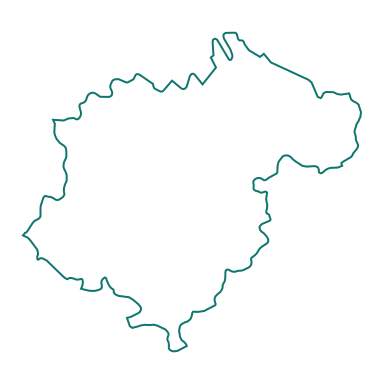 map outline of Teruel (Mercator projection)
{"feature_id": "ESP-5847", "entity_name": "Teruel", "entity_type": "Autonomous Community", "adm_level": 1, "iso_a3": "ESP", "parent_name": "Spain", "parent_adm1": "", "projection": "mercator", "projection_center": [-0.788, 40.603], "detail": "fine", "context": "isolated", "style": "outline", "palette": "teal", "viewbox_px": 384, "rotation_deg": 0, "n_neighbors": 0, "source": "natural_earth", "source_scale": "10m", "svg_char_len": 5012}
<svg xmlns="http://www.w3.org/2000/svg" viewBox="0 0 384 384"><path d="M129.8,326.1L127.0,317.9L130.8,316.9L138.5,313.0L139.7,312.1L140.5,310.8L141.0,309.3L140.9,307.9L140.3,306.5L138.2,304.1L133.0,299.7L128.9,297.2L118.6,295.9L115.4,294.4L114.2,293.2L113.7,291.9L113.7,290.8L113.6,289.8L112.9,289.2L111.6,288.4L110.5,287.4L109.5,286.1L108.7,284.7L107.3,281.7L106.3,278.9L105.8,277.9L104.8,277.5L102.6,279.2L101.7,280.8L101.3,282.6L101.9,285.8L101.8,287.4L101.0,288.9L97.9,290.2L94.6,290.9L89.5,290.8L81.0,288.8L81.9,286.8L82.7,284.2L82.8,282.7L82.7,281.1L82.5,279.8L81.6,278.9L77.6,279.7L75.7,279.4L73.5,278.5L71.2,278.0L69.5,278.0L67.3,279.2L66.0,278.6L63.8,277.1L46.9,260.7L42.9,258.5L40.5,258.2L39.0,259.0L38.3,259.7L37.4,259.3L37.2,256.6L37.9,254.9L38.0,252.6L37.2,249.6L30.5,240.6L27.7,237.6L23.0,235.5L25.0,232.9L26.0,232.6L27.2,231.5L32.4,223.4L33.8,221.7L35.2,220.5L38.3,219.0L39.6,217.9L40.5,216.2L40.5,208.7L40.7,205.8L43.3,198.0L44.1,196.7L45.1,195.9L49.2,196.9L50.6,196.9L53.3,198.1L54.6,199.1L55.9,199.8L57.3,200.0L58.7,199.8L61.4,198.2L62.7,197.2L63.7,195.9L64.4,194.6L63.8,190.6L64.0,188.1L64.9,184.7L66.2,181.9L66.7,180.2L66.7,175.7L66.3,173.6L65.1,170.8L64.1,168.9L63.5,167.0L63.6,164.8L63.8,163.0L64.4,161.3L66.0,158.1L66.4,156.0L66.3,151.0L66.0,149.0L65.5,147.4L64.0,145.8L59.8,142.9L57.6,140.3L56.4,138.6L55.2,135.8L54.3,132.6L54.7,125.7L54.9,123.9L53.1,119.8L63.7,120.5L68.4,118.5L73.6,118.0L76.7,119.4L78.4,118.9L79.9,117.2L80.9,114.8L81.0,112.5L79.7,107.9L79.4,105.5L80.4,103.8L84.1,102.4L85.1,101.6L86.1,100.0L87.3,96.4L88.3,94.8L89.9,93.5L91.7,92.8L93.7,92.8L95.5,93.5L100.2,96.8L109.7,96.9L111.6,95.5L112.3,93.2L111.8,91.1L110.8,89.1L110.2,86.9L110.3,85.4L112.2,81.1L113.5,79.9L115.2,79.3L118.7,79.2L126.1,82.4L127.7,82.4L133.5,79.3L135.5,75.2L136.1,74.5L137.0,74.1L139.3,74.5L153.1,84.0L153.4,86.3L154.0,87.8L155.0,88.8L160.6,91.6L162.0,91.5L163.2,90.9L172.0,80.7L181.6,88.6L183.2,89.1L185.2,88.5L186.7,86.7L189.9,76.0L191.5,74.0L193.3,73.7L195.1,75.1L202.5,84.4L216.0,67.5L210.8,57.5L213.5,55.4L212.6,42.2L213.0,39.9L214.5,38.7L216.0,39.0L217.4,40.1L228.5,58.8L229.8,59.9L231.1,59.7L232.1,57.7L232.4,56.3L232.3,55.0L230.3,49.3L224.2,39.0L223.4,36.5L223.7,34.3L225.6,32.9L234.9,32.7L236.1,33.2L237.0,34.6L237.9,38.4L238.5,39.5L239.4,40.3L242.5,40.5L243.4,41.3L245.0,44.9L248.9,50.2L260.0,56.9L263.8,53.8L271.0,62.5L308.5,79.8L311.6,82.5L317.7,96.9L320.7,98.1L321.5,97.4L323.1,94.1L323.7,93.3L324.4,92.7L326.0,92.0L333.5,92.2L337.4,94.1L341.2,94.6L349.2,93.4L351.0,99.3L353.5,101.4L355.8,102.4L358.5,104.5L361.0,112.2L360.3,117.2L359.4,118.8L358.7,120.8L356.9,123.7L356.2,125.1L355.9,126.7L355.3,128.4L354.8,130.1L354.5,132.2L355.5,135.4L355.8,137.1L355.8,139.3L356.4,141.1L358.1,144.9L358.0,146.6L357.3,148.1L356.5,149.4L353.4,153.1L352.0,155.9L350.9,157.1L342.1,162.3L341.3,163.2L342.2,165.8L337.6,167.6L331.5,167.8L329.3,168.2L327.4,168.9L326.1,169.7L324.6,170.7L323.3,172.0L321.5,173.2L320.1,173.1L319.1,172.4L318.8,171.1L318.8,169.7L318.3,168.1L317.2,166.8L314.5,166.1L306.5,166.6L302.3,165.8L295.0,161.0L292.5,158.9L291.4,157.6L289.8,156.4L287.6,155.4L284.7,155.5L282.9,156.2L279.9,160.0L279.0,161.3L278.3,162.7L277.6,165.8L277.4,169.1L277.4,170.7L277.4,172.1L276.6,173.5L268.4,178.0L267.1,179.2L265.2,180.2L263.9,180.2L261.2,178.4L258.6,177.9L256.7,178.3L254.9,179.3L253.5,180.8L253.3,182.4L253.6,183.9L253.7,185.5L253.5,188.4L254.0,189.7L255.1,190.5L256.5,191.1L257.9,191.2L259.1,192.0L260.5,192.5L261.9,192.7L264.7,191.7L265.9,191.7L266.9,192.4L266.8,195.2L266.4,197.0L266.2,198.5L266.5,201.6L266.9,203.0L267.2,204.5L267.1,207.6L266.9,209.1L266.4,210.5L266.3,211.9L266.5,213.1L268.9,214.6L269.1,214.8L269.9,217.4L270.4,218.7L270.5,219.9L269.6,220.8L262.2,223.9L260.5,225.4L259.5,226.9L259.7,228.5L260.3,230.1L261.2,231.4L263.7,233.2L264.8,234.3L266.8,236.7L267.7,238.2L268.3,239.9L268.1,241.9L267.2,243.2L260.9,247.4L259.3,249.2L256.8,253.3L254.8,255.3L251.3,258.0L251.0,259.4L251.4,260.9L251.5,262.5L251.2,264.7L250.2,266.2L248.9,267.4L243.0,270.2L241.6,270.6L238.6,270.8L237.1,271.1L235.7,271.6L234.5,271.8L233.6,271.8L231.1,271.2L229.7,270.2L228.2,269.7L226.6,269.7L225.7,270.8L225.4,272.2L225.4,275.2L225.2,276.6L225.3,278.1L224.7,281.3L223.6,283.2L222.8,284.7L222.5,288.0L221.7,289.8L220.4,291.9L218.2,293.6L215.5,296.3L214.8,297.8L214.5,299.5L214.8,301.1L215.6,304.0L215.3,305.2L204.1,311.0L198.0,311.9L195.3,311.8L194.0,311.6L192.9,311.9L192.3,313.0L191.6,316.4L190.9,318.3L189.5,320.0L189.0,320.4L186.9,321.8L185.2,322.2L181.5,324.2L180.4,325.6L179.7,327.1L179.2,330.3L179.1,331.7L179.6,332.9L179.6,334.3L180.2,337.2L181.6,340.0L182.7,341.0L184.0,341.8L185.8,343.9L186.8,346.0L177.9,350.7L175.8,351.2L172.9,351.3L171.2,350.7L169.8,349.8L168.9,348.6L168.8,347.0L168.9,345.3L168.8,343.8L168.6,342.4L168.0,341.2L167.4,340.0L167.4,338.6L167.7,337.1L168.3,335.7L168.6,334.1L167.9,332.3L165.6,329.6L157.7,325.8L155.0,325.0L153.2,324.7L150.3,325.1L144.6,324.8L140.6,325.5L137.6,326.6L136.2,326.8L132.4,327.9L129.8,326.1Z" fill="none" stroke="#0f766e" stroke-width="2"/></svg>